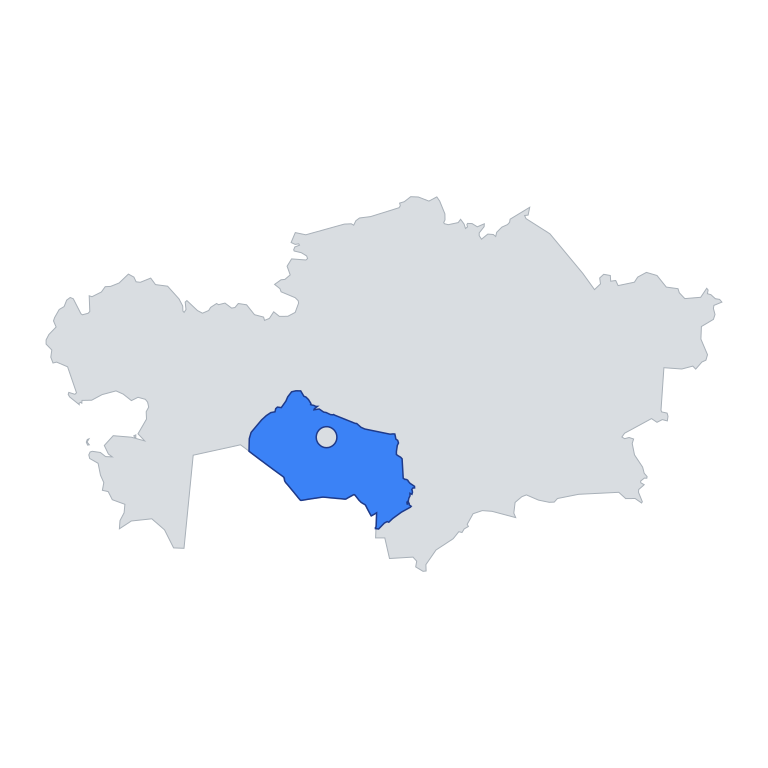 Qyzylorda highlighted on a map of Kazakhstan
{"feature_id": "KAZ-3197", "entity_name": "Qyzylorda", "entity_type": "Region", "adm_level": 1, "iso_a3": "KAZ", "parent_name": "Kazakhstan", "parent_adm1": "", "projection": "albers", "projection_center": [63.953, 45.065], "detail": "fine", "context": "in_parent", "style": "filled", "palette": "blue", "viewbox_px": 768, "rotation_deg": 0, "n_neighbors": 0, "source": "natural_earth", "source_scale": "10m", "svg_char_len": 6752}
<svg xmlns="http://www.w3.org/2000/svg" viewBox="0 0 768 768"><path d="M468.4,526.5L464.2,528.9L462.0,532.5L458.8,531.7L453.2,538.7L436.0,550.0L425.9,564.6L426.1,571.0L423.0,571.3L415.7,566.9L416.7,561.2L413.0,557.1L389.5,558.5L384.8,537.9L375.6,537.9L376.6,512.8L371.2,515.8L365.2,504.9L354.1,494.8L345.7,499.0L322.9,497.0L300.3,500.1L285.6,482.5L283.0,476.6L240.5,444.8L193.2,455.2L184.0,548.3L173.6,547.9L164.5,529.8L151.8,518.8L131.3,521.0L119.4,528.8L120.0,520.6L124.1,512.8L124.9,504.3L112.3,499.7L108.2,491.6L102.4,490.3L103.8,482.6L100.5,475.2L98.1,463.3L89.7,458.5L88.8,454.9L90.1,452.0L92.3,451.3L100.4,452.5L105.6,456.6L112.3,456.9L108.4,454.0L104.3,445.5L113.2,435.7L131.3,437.2L144.7,440.9L138.0,433.8L146.5,419.1L146.2,411.7L148.7,407.1L147.6,402.1L145.3,399.3L138.0,397.3L131.4,400.6L123.2,394.1L116.0,390.9L102.1,394.6L91.7,400.2L82.0,400.4L81.8,403.2L80.6,402.3L79.0,403.3L79.2,404.6L69.6,396.9L68.2,394.4L68.8,392.4L74.9,394.3L76.5,392.8L67.6,366.8L56.6,362.1L53.0,363.0L50.8,357.2L51.8,350.0L46.1,344.1L46.1,339.9L48.9,334.5L56.1,327.0L53.5,320.9L54.6,317.6L59.2,309.5L64.1,306.6L66.7,300.1L70.2,297.5L73.3,298.8L80.9,313.7L82.3,314.8L88.1,313.3L89.8,311.5L89.2,295.8L92.0,296.7L101.4,292.0L105.2,286.7L110.6,286.4L119.1,283.0L128.4,274.1L133.9,277.1L136.1,281.8L140.3,282.3L150.7,278.1L155.5,284.6L167.6,286.2L179.0,298.9L182.7,306.0L182.9,311.1L184.1,312.4L186.0,309.5L185.2,302.1L186.9,300.6L197.5,310.6L202.5,313.2L208.7,310.5L210.6,307.4L216.6,303.5L218.5,304.7L225.0,303.1L231.6,308.1L235.0,307.5L238.3,303.5L246.6,304.8L254.5,314.7L263.6,317.1L264.5,320.4L269.4,318.4L273.7,311.8L279.4,316.4L287.8,316.3L295.2,312.4L298.6,303.1L298.2,300.7L295.2,297.7L281.1,291.8L280.0,288.7L274.6,284.4L281.0,279.8L284.9,279.4L290.2,274.9L287.1,266.2L291.6,258.9L305.9,260.0L307.6,258.5L306.6,255.9L301.3,252.7L294.2,251.0L293.7,249.8L294.8,247.0L299.5,245.2L298.7,243.8L295.2,244.4L291.1,242.5L295.3,232.6L305.8,234.8L344.3,224.1L351.3,223.8L353.7,225.2L355.9,220.7L359.5,218.0L370.6,216.6L399.1,207.7L400.3,205.7L399.6,203.1L404.3,201.7L410.7,196.7L418.3,197.0L428.9,201.1L436.8,196.9L439.7,201.1L444.9,213.9L445.0,219.9L443.7,222.6L444.4,223.7L448.2,224.7L458.2,222.6L460.6,219.3L464.1,224.1L465.5,228.5L467.5,226.9L466.9,224.6L467.6,223.4L472.1,223.6L477.3,226.8L484.3,223.8L484.1,226.7L479.2,232.9L479.2,235.7L481.5,239.2L487.8,234.1L493.3,234.5L495.7,236.5L496.7,232.3L501.9,227.1L507.5,224.6L509.6,222.3L510.1,219.2L529.7,207.3L528.1,215.1L524.6,215.5L526.0,218.6L549.9,233.8L582.8,273.4L594.5,289.6L600.5,283.9L599.7,278.0L603.7,274.3L610.3,275.5L610.7,281.2L615.7,280.5L618.1,285.6L634.4,282.2L637.7,277.1L646.4,272.4L657.0,275.5L666.3,287.1L678.0,288.7L679.3,292.8L684.8,298.6L700.7,297.3L706.7,288.3L708.1,290.0L707.4,293.7L710.9,294.7L715.3,298.7L719.6,299.4L721.9,302.1L713.9,305.4L713.4,308.5L715.0,314.5L713.4,319.4L701.4,326.5L700.9,339.1L707.5,354.7L705.9,360.2L701.9,362.0L695.7,369.1L692.8,366.1L681.8,369.0L663.9,367.7L661.0,410.1L661.6,411.9L667.1,413.1L668.0,416.3L667.3,420.9L662.3,419.6L657.0,422.3L651.5,418.6L624.6,433.2L621.9,437.0L624.6,438.7L629.1,437.5L633.6,439.0L632.2,443.5L634.5,454.9L642.6,467.1L644.2,473.3L647.1,476.6L646.8,478.2L644.3,478.1L640.6,481.1L640.8,482.8L644.2,484.7L638.7,489.5L638.5,492.3L642.3,501.7L641.6,503.0L635.1,498.5L625.7,498.6L618.8,492.3L578.6,494.3L557.5,498.5L554.2,502.1L549.2,502.3L538.5,500.1L526.4,494.9L521.8,496.7L515.1,502.4L513.8,513.1L515.7,517.6L492.0,511.3L482.3,510.6L473.1,513.7L467.2,524.3L468.4,526.5ZM89.3,444.8L87.6,445.1L86.3,442.1L87.3,439.5L89.0,438.8L87.1,442.0L89.3,444.8ZM135.8,437.7L134.4,437.0L133.8,435.8L135.8,434.9L135.8,437.7Z" fill="#d9dde1" stroke="#a8b0b8" stroke-width="1"/><path d="M301.0,500.4L300.6,500.3L300.3,500.1L298.9,498.5L297.9,497.3L296.9,496.0L295.9,494.8L294.9,493.6L293.9,492.3L292.9,491.1L291.8,489.8L290.8,488.6L289.6,487.1L288.6,485.9L287.7,484.8L285.6,482.5L284.6,480.7L284.5,480.1L284.4,478.8L284.3,478.2L284.0,477.5L283.5,476.9L282.4,476.1L280.9,475.0L278.8,473.5L276.2,471.6L273.3,469.5L270.1,467.1L266.7,464.6L263.2,462.0L259.7,459.4L256.3,456.8L253.1,454.4L250.1,452.1L249.0,451.2L249.3,438.6L251.1,432.4L261.6,419.9L266.3,415.6L270.8,412.6L275.0,411.8L275.7,408.7L277.4,407.1L281.3,407.6L285.9,401.1L287.7,396.9L291.6,391.8L295.9,390.8L300.7,390.9L303.9,396.3L305.9,397.0L308.5,399.6L310.9,403.5L310.6,404.6L312.2,405.1L313.8,405.4L315.8,406.4L317.4,406.4L314.4,408.7L314.0,409.8L319.2,409.0L323.7,412.1L326.1,412.5L330.5,414.6L332.8,414.8L333.7,414.5L334.3,415.0L355.2,423.4L356.7,423.5L361.0,427.3L364.8,429.0L390.1,434.2L393.0,433.9L394.8,434.0L395.4,436.5L395.8,439.0L397.7,440.4L398.5,443.0L397.3,445.4L396.4,451.5L396.4,454.5L398.2,455.8L400.6,457.2L402.1,458.8L403.2,478.2L405.0,479.5L405.7,479.3L406.9,479.7L408.0,480.5L408.2,481.2L410.0,483.3L414.5,486.3L414.6,487.9L412.9,488.0L411.7,489.6L412.2,490.5L412.5,492.2L411.9,494.3L410.0,493.3L410.0,495.9L408.8,498.3L408.4,500.6L406.9,502.2L407.3,504.7L407.7,502.6L408.4,502.2L408.4,503.1L409.1,503.2L409.3,504.9L410.7,506.0L411.2,506.3L410.4,507.2L401.5,512.1L392.7,518.5L388.8,522.2L387.1,521.6L384.3,523.1L378.6,529.0L377.2,528.8L375.4,528.6L375.4,527.8L375.4,527.6L375.5,527.5L375.7,527.4L375.9,527.3L376.0,527.1L376.1,526.8L376.1,526.2L376.2,525.5L376.4,519.2L376.6,512.8L374.0,514.4L371.3,515.9L371.2,515.9L369.8,513.4L368.3,510.6L367.2,508.5L365.6,505.3L365.2,504.9L364.9,504.6L362.9,503.5L361.0,502.3L360.1,501.3L359.1,500.4L357.1,497.8L355.1,495.2L354.8,495.0L354.5,494.7L354.2,494.6L353.9,494.6L353.5,494.7L353.2,494.9L351.4,495.9L349.6,496.9L347.8,497.9L346.0,499.0L345.7,499.1L345.4,499.1L344.3,499.1L341.8,498.8L339.2,498.6L336.7,498.4L334.1,498.1L331.3,497.9L328.5,497.6L325.7,497.3L322.9,497.1L321.2,497.3L319.5,497.6L317.8,497.8L316.1,498.1L314.4,498.3L312.8,498.6L311.1,498.8L309.4,499.1L308.3,499.2L307.3,499.4L306.2,499.6L305.2,499.8L304.5,499.9L303.9,500.0L303.2,500.1L302.6,500.2L301.0,500.4L301.0,500.4ZM326.5,447.7L327.5,447.6L328.6,447.5L329.6,447.2L330.5,446.9L331.4,446.4L332.3,445.9L333.1,445.3L333.8,444.6L334.5,443.9L335.1,443.1L335.6,442.2L336.1,441.3L336.4,440.3L336.7,439.3L336.8,438.3L336.9,437.2L336.8,436.1L336.7,435.1L336.4,434.1L336.1,433.1L335.6,432.2L335.1,431.3L334.5,430.5L333.9,429.8L333.1,429.1L332.3,428.5L331.5,428.0L330.6,427.5L329.7,427.2L328.7,426.9L327.7,426.7L326.6,426.7L325.6,426.7L324.6,426.9L323.6,427.1L322.6,427.5L321.7,427.9L320.9,428.4L320.1,429.0L319.3,429.7L318.7,430.4L318.1,431.2L317.5,432.1L317.1,433.0L316.7,434.0L316.5,435.0L316.3,436.0L316.2,437.1L316.3,438.1L316.4,439.2L316.6,440.2L317.0,441.2L317.4,442.1L317.9,443.0L318.5,443.8L319.2,444.5L319.9,445.2L320.7,445.8L321.5,446.4L322.4,446.8L323.4,447.2L324.4,447.5L325.4,447.6L326.5,447.7Z" fill="#3b82f6" stroke="#1e3a8a" stroke-width="1.5"/></svg>